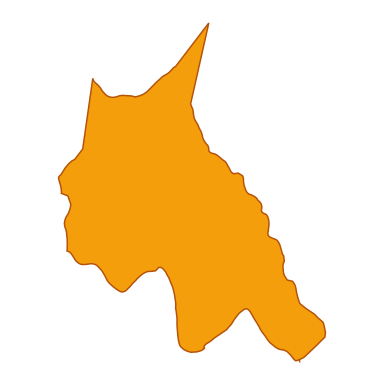 outline of Anbre, Micoud, Saint Lucia
{"feature_id": "8701671B63359836488901", "entity_name": "Anbre", "entity_type": "district", "adm_level": 2, "iso_a3": "LCA", "parent_name": "Saint Lucia", "parent_adm1": "Micoud", "projection": "equal_earth", "projection_center": [-60.927, 13.828], "detail": "fine", "context": "isolated", "style": "filled", "palette": "amber", "viewbox_px": 384, "rotation_deg": 0, "n_neighbors": 0, "source": "geoboundaries", "source_scale": "gbopen_adm2", "svg_char_len": 5490}
<svg xmlns="http://www.w3.org/2000/svg" viewBox="0 0 384 384"><path d="M196.3,352.0L199.6,351.1L201.7,350.4L202.8,349.6L204.2,348.6L204.4,348.3L204.5,348.0L204.1,347.6L204.0,346.3L204.7,345.5L204.9,345.3L206.3,343.8L210.0,341.6L215.1,337.5L226.6,329.7L228.8,327.0L231.2,324.4L232.4,322.6L234.0,319.9L235.6,317.7L237.2,315.7L238.8,313.6L240.5,312.1L242.2,310.9L243.4,309.9L244.5,309.2L245.7,308.8L246.6,308.9L247.8,309.2L249.0,310.3L249.9,311.4L251.2,313.4L252.9,316.5L254.6,319.4L256.0,321.6L257.4,323.8L259.4,327.3L260.5,329.6L261.8,331.7L263.7,334.1L265.0,335.9L265.8,337.0L266.7,338.5L267.1,339.0L268.2,340.6L269.4,342.0L270.5,343.2L271.8,344.2L273.4,345.5L275.3,347.1L276.6,347.9L278.4,348.9L279.5,349.3L280.9,349.6L281.8,349.7L283.2,349.9L284.2,350.3L285.8,350.9L287.2,351.7L288.3,352.7L289.6,354.1L290.8,355.4L292.0,356.8L293.1,358.3L293.9,359.3L295.0,360.3L295.7,360.7L296.4,360.7L297.5,360.3L299.0,359.8L299.6,361.0L299.7,360.0L299.7,359.5L301.1,358.8L302.6,358.1L303.1,357.8L304.3,357.0L305.5,356.0L311.2,350.5L314.4,347.5L317.8,344.2L321.3,340.6L324.8,337.3L325.5,332.5L323.9,324.8L323.0,322.2L317.6,317.5L314.5,314.2L306.2,308.7L300.5,304.1L299.3,302.5L297.6,296.8L296.4,291.6L295.8,287.8L294.7,284.4L292.6,281.3L287.2,280.0L284.7,276.1L283.5,273.0L282.9,266.3L283.3,263.7L284.3,261.1L283.7,255.9L282.4,253.9L281.3,249.9L280.8,248.1L280.0,245.3L279.8,244.8L279.2,243.6L278.7,242.5L277.9,241.4L277.3,240.5L276.2,239.7L274.9,239.1L273.1,238.5L270.6,237.4L269.6,236.8L268.9,236.2L268.4,235.6L268.0,234.4L267.8,233.0L268.3,231.0L268.4,229.7L268.6,227.6L269.0,225.0L269.0,223.5L268.9,221.9L268.7,220.5L268.5,219.2L267.8,217.0L267.5,216.3L267.0,215.5L266.2,214.6L265.4,214.0L264.1,213.5L263.0,213.0L262.1,212.1L261.5,211.1L261.4,209.9L261.7,208.5L261.8,207.7L261.8,206.4L261.3,204.5L260.9,203.4L260.4,202.7L259.6,201.7L259.1,201.3L258.4,200.7L257.6,199.8L256.9,198.6L256.4,198.0L255.7,197.4L255.2,197.0L253.9,196.2L252.5,195.5L251.4,194.9L250.0,194.4L249.1,194.2L247.9,193.2L247.3,192.7L246.4,191.4L245.6,189.8L245.2,188.7L244.8,187.3L244.5,186.6L244.0,184.8L243.7,183.0L243.5,181.4L243.5,179.2L243.3,178.0L243.0,176.9L242.8,176.3L242.5,175.8L241.7,175.3L239.9,174.1L238.2,173.1L237.3,173.2L236.2,173.4L234.4,173.6L233.6,173.8L233.0,173.4L232.1,172.8L231.3,172.1L230.9,171.5L230.2,170.2L229.3,168.3L228.5,167.0L227.7,165.6L227.0,164.3L226.2,162.8L225.5,161.9L224.6,161.1L223.6,160.5L222.1,159.3L221.1,158.5L219.6,157.2L218.3,156.2L216.9,155.0L215.8,154.5L214.7,153.9L213.4,153.6L212.2,153.3L211.0,152.9L210.0,152.2L209.3,151.6L208.9,150.8L208.8,149.8L208.7,149.0L208.6,147.6L208.1,146.1L207.5,145.2L207.1,144.7L206.3,143.9L205.5,142.8L204.6,141.5L204.2,140.8L203.3,139.2L202.6,137.1L202.3,135.5L201.9,134.1L201.3,132.1L200.7,130.9L200.1,129.8L199.3,128.3L198.4,126.2L197.9,124.9L196.9,123.0L196.2,122.0L195.1,120.2L194.3,118.4L193.9,116.9L193.7,115.8L193.4,113.7L193.3,112.2L192.7,108.9L192.3,108.2L191.8,107.1L191.4,106.0L190.6,104.0L208.8,23.0L175.5,66.6L174.0,67.3L172.3,69.0L170.9,70.6L170.1,71.5L167.8,73.5L162.8,76.4L156.0,82.6L151.2,87.5L147.3,91.5L145.8,92.6L143.5,94.2L139.3,95.9L135.3,96.9L131.2,95.9L122.3,95.4L119.8,95.7L116.0,97.0L112.3,97.4L110.3,97.1L107.2,95.9L105.1,94.1L102.1,90.8L100.4,87.9L97.9,85.0L96.4,83.7L94.5,82.0L93.1,79.8L92.8,78.3L82.7,149.0L78.1,155.0L75.3,158.7L74.5,159.6L71.9,160.9L68.5,163.9L65.0,168.2L61.1,174.5L59.2,176.2L58.5,177.8L59.2,180.9L60.7,186.1L61.2,189.0L61.5,193.0L61.4,193.4L63.7,194.2L65.2,194.9L65.7,195.0L66.4,195.3L67.4,195.6L67.8,196.0L68.3,196.8L68.6,197.8L69.0,199.3L69.3,200.2L70.1,202.2L70.3,202.9L70.7,203.8L70.7,204.6L70.7,205.5L70.5,206.7L70.2,207.9L70.0,209.0L69.5,210.5L69.0,211.7L68.4,213.3L67.4,215.0L66.6,216.2L66.0,217.3L65.6,218.1L65.1,219.7L64.7,221.2L64.5,222.4L64.4,223.3L64.5,224.5L64.7,226.2L65.2,227.8L65.8,229.4L66.1,230.4L66.5,232.5L66.6,233.7L66.8,235.4L67.0,237.3L67.1,238.6L67.2,239.8L67.2,241.8L67.3,244.2L67.2,245.9L67.2,247.9L67.2,248.5L67.2,249.4L67.0,251.0L68.8,251.7L69.8,252.3L71.2,253.7L72.3,255.2L72.7,255.9L73.5,257.1L74.2,258.3L74.7,259.2L75.2,259.9L75.6,260.4L76.3,261.2L77.0,261.9L78.1,262.8L79.2,263.5L80.9,264.3L82.3,264.5L83.5,264.5L86.2,264.4L88.8,264.0L89.9,263.9L91.1,263.7L91.7,263.7L93.6,264.0L94.3,264.2L94.7,264.3L95.5,264.6L97.5,265.9L98.5,267.0L99.5,268.2L101.0,269.7L102.3,271.4L103.4,273.3L104.4,275.0L105.6,277.2L105.8,277.7L107.3,280.6L108.8,282.6L109.8,283.6L111.8,285.5L113.4,286.9L115.4,288.4L117.2,289.7L118.3,290.4L119.5,291.1L120.6,291.6L120.9,291.8L121.8,291.9L123.1,291.9L124.3,291.4L125.7,290.8L126.6,290.0L127.6,288.9L129.4,287.3L130.8,285.7L132.5,283.6L134.4,281.8L136.0,280.1L136.7,279.3L139.0,277.0L141.3,275.0L142.9,273.8L144.8,272.7L146.2,272.0L147.4,271.6L149.3,271.4L150.6,271.4L153.0,271.2L155.7,270.7L156.4,269.9L158.1,268.1L159.0,267.4L160.3,267.3L161.2,267.6L162.6,268.4L164.0,269.9L165.6,271.8L167.7,276.0L168.7,277.5L169.8,280.2L170.6,282.2L171.9,285.4L172.4,286.5L173.2,289.2L173.6,290.7L174.4,294.2L174.6,295.4L174.8,297.2L175.0,298.2L175.6,301.8L175.7,303.9L175.8,305.6L175.6,308.2L175.7,308.9L176.0,310.0L176.2,311.4L176.5,314.0L176.7,315.5L176.9,317.4L177.0,318.6L177.0,321.3L177.0,322.9L177.0,324.7L177.1,326.4L177.2,328.6L177.4,330.1L177.5,332.0L177.6,332.7L177.8,335.3L178.0,336.9L178.3,339.3L178.5,340.7L179.0,342.9L179.6,344.9L180.2,346.0L181.2,347.2L182.2,348.1L183.2,349.1L184.1,349.6L185.1,350.2L185.6,350.4L186.5,350.9L188.2,351.5L191.2,352.3L192.2,352.2L194.2,352.0L196.3,352.0Z" fill="#f59e0b" stroke="#b45309" stroke-width="1.5"/></svg>